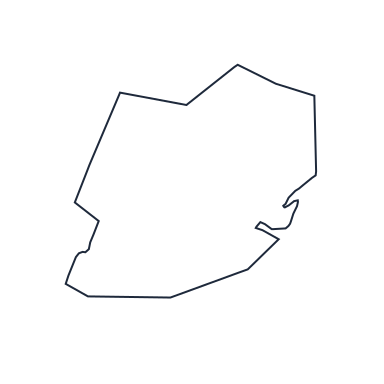 Union Vale, Soufrière, Saint Lucia (Natural Earth projection), rotated 24°
{"feature_id": "8701671B13319398950854", "entity_name": "Union Vale", "entity_type": "district", "adm_level": 2, "iso_a3": "LCA", "parent_name": "Saint Lucia", "parent_adm1": "Soufrière", "projection": "natural_earth1", "projection_center": [-61.055, 13.811], "detail": "fine", "context": "isolated", "style": "outline", "palette": "slate", "viewbox_px": 384, "rotation_deg": 24, "n_neighbors": 0, "source": "geoboundaries", "source_scale": "gbopen_adm2", "svg_char_len": 972}
<svg xmlns="http://www.w3.org/2000/svg" viewBox="0 0 384 384"><g transform="rotate(24 192 192)"><path d="M271.9,198.2L269.0,198.5L264.9,198.9L265.0,197.5L266.7,191.7L270.3,191.7L271.7,191.7L279.9,193.5L281.1,193.0L292.3,187.2L292.7,186.4L293.8,184.1L294.0,183.5L294.5,181.1L294.3,178.6L293.4,170.5L293.6,165.0L293.7,162.3L293.3,160.2L292.8,157.9L292.3,157.1L292.0,156.6L288.9,158.9L288.6,159.6L285.8,164.9L284.5,166.5L283.1,168.3L282.5,168.4L281.3,167.7L281.0,167.5L281.2,167.0L282.3,164.9L282.6,157.8L285.9,148.9L288.3,145.4L290.8,140.3L295.9,130.2L298.2,126.5L297.0,122.7L264.6,54.3L224.6,59.0L182.0,57.2L179.8,60.7L151.5,114.8L85.8,130.5L85.9,132.6L87.3,209.1L87.6,214.8L89.2,249.2L118.6,256.5L119.3,270.8L119.5,279.4L120.4,283.4L121.0,286.2L119.1,290.4L116.4,291.2L113.6,294.0L112.4,298.7L113.1,318.6L114.0,327.3L139.4,329.7L200.5,303.5L215.2,297.2L267.4,246.7L271.8,242.5L274.4,240.0L290.4,199.9L271.9,198.2Z" fill="none" stroke="#1e293b" stroke-width="2"/></g></svg>